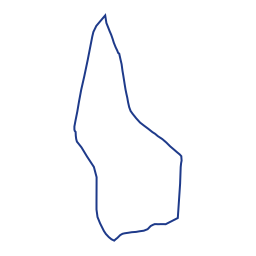 outline of Kampong Chhnang, Kâmpóng Chhnang, Cambodia
{"feature_id": "14789045B67282211739519", "entity_name": "Kampong Chhnang", "entity_type": "district", "adm_level": 2, "iso_a3": "KHM", "parent_name": "Cambodia", "parent_adm1": "Kâmpóng Chhnang", "projection": "equal_earth", "projection_center": [104.678, 12.271], "detail": "fine", "context": "isolated", "style": "outline", "palette": "blue", "viewbox_px": 256, "rotation_deg": 0, "n_neighbors": 0, "source": "geoboundaries", "source_scale": "gbopen_adm2", "svg_char_len": 1215}
<svg xmlns="http://www.w3.org/2000/svg" viewBox="0 0 256 256"><path d="M181.1,163.2L181.6,160.6L181.3,156.2L179.8,154.5L177.0,152.2L174.0,149.6L170.1,146.3L166.3,142.5L162.2,139.0L157.9,136.2L155.1,133.8L152.4,132.1L148.4,128.9L144.1,125.7L140.1,122.6L136.2,118.3L132.6,113.8L130.6,111.0L129.2,107.2L128.1,102.4L127.3,97.8L126.4,93.8L125.5,89.4L124.7,84.5L124.0,80.0L123.3,75.6L122.5,70.9L121.6,64.2L120.4,59.0L119.2,53.6L118.3,53.1L117.7,51.8L117.3,50.7L115.7,47.4L113.8,42.7L112.7,39.1L111.2,34.8L109.6,31.1L108.2,27.5L106.4,23.0L105.2,15.4L100.1,21.4L96.3,25.9L93.4,31.9L92.3,36.4L87.7,60.0L84.3,76.2L81.2,89.8L79.0,101.6L77.3,111.6L75.4,121.1L74.4,126.5L74.4,129.4L74.7,130.8L75.6,131.9L75.8,135.9L76.2,139.0L76.9,141.6L81.5,147.4L87.0,156.5L93.9,167.0L96.6,177.2L96.5,201.7L96.5,205.5L96.5,209.5L97.5,217.0L100.1,223.4L102.0,227.2L103.9,231.0L105.9,234.0L108.8,237.1L111.5,239.3L114.2,240.6L115.5,239.4L117.4,237.9L120.2,235.1L122.5,233.8L124.6,233.3L128.1,232.8L131.8,232.2L136.1,231.9L139.4,231.3L143.8,230.7L147.6,229.2L150.7,226.0L153.0,224.8L154.8,224.1L158.2,224.2L162.5,224.1L165.7,224.2L169.0,222.5L177.8,218.0L180.1,183.8L180.7,167.0L181.1,163.2Z" fill="none" stroke="#1e3a8a" stroke-width="2"/></svg>